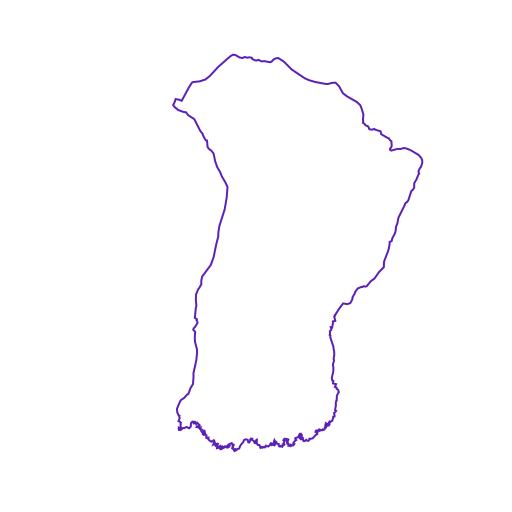 Kham Thale So, Nakhon Ratchasima, Thailand (Equal Earth projection), rotated 19°
{"feature_id": "78962969B48242512834839", "entity_name": "Kham Thale So", "entity_type": "district", "adm_level": 2, "iso_a3": "THA", "parent_name": "Thailand", "parent_adm1": "Nakhon Ratchasima", "projection": "equal_earth", "projection_center": [101.939, 15.02], "detail": "fine", "context": "isolated", "style": "outline", "palette": "violet", "viewbox_px": 512, "rotation_deg": 19, "n_neighbors": 0, "source": "geoboundaries", "source_scale": "gbopen_adm2", "svg_char_len": 6113}
<svg xmlns="http://www.w3.org/2000/svg" viewBox="0 0 512 512"><g transform="rotate(19 256 256)"><path d="M128.6,140.4L131.8,142.3L132.7,142.3L134.7,143.3L140.5,143.4L143.0,142.9L145.9,144.9L153.1,146.7L162.6,155.9L165.8,157.9L166.3,158.9L169.5,161.9L170.8,163.0L172.1,162.8L174.8,168.8L176.5,170.0L179.6,171.0L182.5,172.9L186.6,179.8L190.5,184.7L194.6,188.2L197.6,191.7L203.0,196.3L206.6,200.0L209.3,210.5L211.2,222.1L211.6,239.3L212.6,245.4L214.0,250.2L214.6,257.9L216.3,270.8L216.2,279.1L211.8,292.9L212.2,296.7L213.5,300.6L212.7,304.8L212.2,306.0L211.8,311.8L213.5,317.3L215.8,322.4L216.1,325.0L218.3,334.4L220.7,335.0L220.7,336.1L221.9,337.1L222.5,338.3L221.5,342.8L220.6,344.7L220.7,346.2L223.2,347.5L224.6,352.9L226.3,357.1L230.6,363.5L231.8,366.8L233.5,373.9L235.0,387.1L236.3,390.7L238.1,397.6L237.0,402.7L237.1,405.4L236.9,408.5L236.1,409.3L234.2,413.7L231.9,416.7L231.5,418.8L231.0,426.2L232.5,429.5L234.5,431.7L235.7,432.0L235.7,432.9L236.6,434.2L236.5,437.4L238.0,437.5L239.3,438.1L239.2,439.2L239.6,439.7L239.7,440.6L240.8,442.6L240.3,443.3L238.8,443.3L239.0,444.3L239.9,445.6L241.4,445.1L241.6,444.1L242.3,443.7L242.7,442.6L244.1,442.1L246.2,440.2L248.8,440.7L249.9,438.6L248.9,435.2L249.8,433.3L251.5,432.9L251.3,434.2L251.6,434.6L252.6,433.9L253.0,433.1L254.2,434.5L254.4,433.0L254.7,432.8L257.9,434.4L257.8,435.0L256.9,435.2L255.8,436.9L256.7,436.7L257.2,437.0L257.9,436.5L258.7,437.2L259.5,436.3L259.8,437.9L261.4,437.8L261.6,438.3L261.2,439.3L262.9,440.5L263.7,439.3L263.7,438.0L264.1,437.9L265.4,439.9L264.3,440.3L263.8,441.8L264.9,442.2L265.9,441.5L267.5,441.6L267.8,442.1L267.7,442.9L268.3,444.2L270.2,443.2L270.6,444.9L273.2,446.0L274.4,445.6L274.8,445.9L276.1,443.9L277.2,444.8L277.0,448.2L278.0,447.2L279.0,448.1L279.0,446.5L280.3,447.0L280.6,446.1L281.1,446.0L280.9,448.3L281.8,448.2L282.1,448.6L281.5,449.4L281.7,450.4L283.1,449.4L283.9,447.4L285.1,448.8L284.9,450.1L285.7,450.2L286.3,449.7L285.9,448.8L286.0,447.5L285.7,447.3L285.9,446.9L287.2,447.1L287.7,448.1L288.1,447.8L288.7,446.0L290.0,446.6L290.4,445.4L291.7,446.3L292.5,445.4L292.8,444.1L291.3,444.4L291.3,443.3L293.8,440.9L294.5,441.0L294.9,441.9L296.4,441.8L296.5,442.8L295.9,443.7L296.5,444.4L296.0,445.1L296.0,445.5L297.7,446.1L298.6,445.6L298.4,446.9L299.2,447.4L300.8,445.8L301.0,444.8L302.8,443.5L302.9,440.7L303.4,438.7L304.5,436.2L304.6,433.9L306.1,432.6L307.9,432.5L309.4,434.7L310.1,434.6L310.7,433.0L310.2,431.4L310.6,430.3L312.0,430.0L312.3,431.2L314.3,431.7L315.5,433.2L316.1,433.3L316.6,432.9L316.0,430.9L316.2,429.8L316.6,429.4L317.7,432.8L319.0,434.0L320.8,433.6L322.5,435.9L323.0,436.0L323.7,434.6L324.8,435.0L325.4,434.0L326.6,434.1L327.1,432.2L327.9,432.6L328.6,432.1L329.6,432.1L330.9,429.7L330.7,428.8L331.1,428.1L331.7,428.3L332.3,429.8L332.6,429.7L333.2,427.9L334.3,429.0L335.2,429.0L335.4,427.3L333.4,425.8L333.4,424.1L334.7,425.3L335.7,425.1L336.6,426.6L338.9,426.5L339.1,427.9L340.3,428.5L340.8,428.4L341.1,427.6L342.9,427.9L343.1,427.2L342.6,425.5L344.1,425.4L344.2,425.0L343.0,423.4L343.4,421.6L341.9,421.3L342.0,420.3L342.6,419.4L344.2,419.1L344.6,420.0L345.0,420.1L345.9,418.9L346.4,419.0L346.3,421.1L345.8,421.9L346.6,423.1L347.3,422.5L347.7,422.8L348.4,424.9L349.5,424.6L350.0,423.4L350.9,424.2L351.3,423.1L352.8,423.1L353.5,421.3L352.2,421.0L352.1,420.7L352.8,418.6L354.0,416.9L352.6,416.1L352.5,415.3L354.8,413.6L355.3,409.9L356.1,409.5L356.6,410.7L357.4,410.2L357.7,410.6L356.3,413.0L356.5,413.8L358.0,414.7L358.8,414.3L358.5,412.4L359.4,412.6L360.6,415.0L361.2,415.5L362.2,415.2L363.3,413.4L364.8,414.0L365.7,413.7L366.2,412.5L366.0,411.4L368.1,410.6L369.0,409.8L370.7,405.7L371.9,404.6L371.7,403.9L370.6,403.0L369.5,403.0L369.5,401.7L370.1,401.3L371.1,402.4L371.5,402.4L371.6,400.4L372.1,399.4L372.5,399.3L373.3,400.4L374.1,399.3L375.5,399.2L375.8,398.1L376.7,398.3L377.4,397.0L376.9,395.7L377.9,395.5L378.1,394.2L376.6,393.5L376.5,391.3L378.0,391.7L378.0,393.1L378.3,393.5L380.1,392.5L380.4,391.5L379.1,390.3L379.2,389.2L379.5,388.6L380.2,389.3L380.7,388.1L381.8,387.0L381.6,385.3L381.8,384.2L381.3,382.8L382.5,382.1L382.2,381.1L380.9,379.2L381.9,377.7L382.1,376.3L380.9,376.0L380.2,371.4L379.2,368.7L379.0,366.2L379.3,366.1L377.9,361.6L378.6,357.6L377.1,355.8L375.5,355.3L375.0,354.2L373.2,354.1L373.4,351.1L370.3,351.4L369.7,348.9L368.7,348.9L367.3,346.4L366.7,340.2L365.6,336.5L364.1,333.8L363.8,329.2L362.8,327.9L362.3,324.4L361.1,321.1L358.3,316.0L352.8,308.8L352.2,306.9L351.4,306.7L351.3,305.4L350.3,303.0L351.2,301.4L350.9,300.4L349.9,299.0L351.3,298.8L350.6,294.5L350.0,292.8L352.1,291.5L349.7,287.8L350.1,287.3L349.7,286.2L350.1,285.9L351.7,279.0L353.8,272.5L358.0,271.8L360.5,269.8L361.2,265.4L360.7,263.5L361.5,259.6L361.5,257.5L362.8,253.5L365.8,250.9L366.9,250.5L367.5,249.6L369.7,249.2L370.5,248.5L372.8,242.4L375.4,238.6L377.5,231.2L380.5,224.9L378.9,219.5L379.3,207.4L378.7,202.3L377.8,199.1L379.4,197.8L379.1,194.9L380.0,189.5L379.9,187.0L378.8,182.3L379.1,179.6L378.2,173.4L380.0,159.5L379.9,158.2L380.5,156.6L381.3,155.8L381.9,153.5L381.7,144.1L382.7,142.4L383.3,139.8L382.0,136.1L382.0,135.1L382.8,131.4L383.0,126.5L383.4,124.8L382.4,123.8L382.0,122.4L382.5,119.2L383.0,118.0L382.9,113.9L382.0,111.4L380.4,109.6L376.9,107.5L367.1,105.5L362.5,105.4L360.3,106.0L357.7,107.8L355.0,108.6L349.7,112.2L348.5,112.2L347.8,111.1L348.5,108.9L348.4,107.5L346.7,103.5L345.1,102.9L343.4,101.5L342.4,101.6L334.8,100.1L333.2,97.5L327.8,97.8L326.5,97.3L324.6,98.8L322.2,99.2L321.7,99.1L320.3,97.3L319.1,96.8L317.4,96.9L315.4,95.7L313.7,95.2L313.6,93.6L312.9,92.8L311.5,87.3L308.1,82.5L305.4,79.4L301.4,77.6L290.0,75.4L285.2,73.8L279.3,68.5L274.8,66.2L271.1,67.8L268.0,70.0L265.5,70.7L255.2,72.2L248.6,72.5L244.3,72.1L229.2,68.1L219.0,63.1L212.7,61.6L210.8,62.4L209.5,63.6L208.5,64.7L207.4,67.3L205.9,68.3L200.5,69.0L197.9,70.2L194.3,69.7L193.2,70.9L191.4,71.3L188.2,70.9L187.5,70.0L186.6,70.0L184.8,70.4L182.8,71.5L180.7,71.4L178.6,73.3L175.8,73.6L171.3,72.7L168.8,73.1L166.8,75.3L158.7,89.5L153.8,100.7L150.7,105.6L145.9,109.2L139.9,112.0L139.0,113.0L137.8,117.7L135.2,133.5L133.0,133.2L128.9,133.8L129.0,136.3L128.6,140.4Z" fill="none" stroke="#5b21b6" stroke-width="2"/></g></svg>